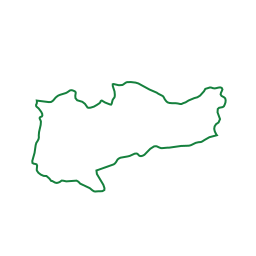 Sagarmatha, Robinson projection, rotated 73°
{"feature_id": "NPL-1133", "entity_name": "Sagarmatha", "entity_type": "Administrative Zone", "adm_level": 1, "iso_a3": "NPL", "parent_name": "Nepal", "parent_adm1": "", "projection": "robinson", "projection_center": [86.603, 27.261], "detail": "fine", "context": "isolated", "style": "outline", "palette": "green", "viewbox_px": 256, "rotation_deg": 73, "n_neighbors": 0, "source": "natural_earth", "source_scale": "10m", "svg_char_len": 2738}
<svg xmlns="http://www.w3.org/2000/svg" viewBox="0 0 256 256"><g transform="rotate(73 128 128)"><path d="M128.1,26.4L130.0,26.5L132.0,27.3L133.8,28.6L135.3,30.0L135.7,31.4L135.3,35.0L136.1,36.6L139.2,37.8L146.4,37.4L149.2,39.8L150.1,42.7L151.8,44.7L154.0,45.8L156.6,46.0L159.7,45.5L160.9,45.1L160.9,45.3L160.6,52.8L161.8,58.2L162.5,60.7L162.7,61.8L162.7,62.5L162.2,64.8L162.0,67.6L162.8,72.6L162.8,74.2L162.6,75.4L160.7,82.5L158.8,94.6L158.3,96.2L157.3,101.0L156.9,102.3L155.8,103.8L153.9,105.9L153.6,106.6L153.2,108.4L154.4,112.8L158.4,120.1L158.8,122.1L158.7,123.7L158.4,124.5L157.9,125.2L157.1,125.7L156.2,126.1L155.4,126.6L154.9,127.3L154.5,129.1L155.2,134.5L155.1,136.6L154.2,143.9L154.5,145.7L155.1,147.2L157.1,149.4L158.1,150.9L158.6,152.3L159.4,170.6L162.9,171.2L175.1,168.2L178.7,168.1L180.4,168.8L180.9,170.9L180.3,173.4L180.0,174.2L179.4,176.7L179.3,177.5L178.7,178.9L177.3,180.2L174.4,182.1L167.2,190.0L164.9,191.1L163.3,192.6L161.0,202.6L159.5,205.3L158.9,206.8L159.3,208.0L159.6,208.8L159.8,210.1L159.8,211.5L159.6,212.5L158.8,213.8L156.5,216.0L156.2,216.9L153.3,218.0L150.1,220.0L149.1,222.7L147.1,225.0L144.6,226.8L142.0,227.6L141.0,227.4L137.4,225.9L136.0,226.1L135.2,227.3L134.5,228.7L133.5,229.6L131.6,229.2L124.4,224.6L117.4,221.3L115.4,220.0L114.0,218.3L112.6,216.9L111.0,216.0L109.0,215.5L105.8,214.2L99.5,210.6L96.4,209.4L95.5,209.4L93.3,209.7L92.6,209.6L91.9,208.8L91.8,207.1L91.1,206.3L89.3,205.9L87.1,206.3L83.2,207.7L80.9,209.2L80.2,209.4L79.1,209.2L78.5,208.7L78.0,208.2L77.3,207.8L75.8,207.3L75.1,207.2L75.3,206.8L80.1,196.1L80.4,195.0L80.6,193.9L80.2,192.4L79.7,191.3L77.8,188.4L77.2,187.0L76.7,185.6L76.5,184.4L76.4,183.2L76.4,177.2L76.1,175.6L75.3,173.1L75.1,172.4L75.2,171.6L75.4,170.8L75.9,169.9L77.3,168.2L78.2,167.7L79.1,167.7L81.8,169.0L83.2,169.3L84.1,169.5L86.6,168.5L89.6,164.0L92.3,162.1L96.6,160.7L97.2,159.7L97.6,157.9L97.6,154.4L96.8,150.9L95.9,147.9L95.4,147.2L95.0,146.7L94.4,146.3L94.1,145.7L94.1,145.0L96.9,142.5L100.1,138.5L100.7,137.4L100.4,137.0L100.0,136.5L96.7,134.5L96.3,134.0L95.5,133.1L94.9,132.1L94.0,131.5L92.5,130.9L89.1,130.2L83.4,130.3L81.7,129.8L81.7,129.0L84.4,124.3L84.9,122.3L85.2,120.8L85.0,119.8L84.1,117.2L83.9,116.3L83.9,115.3L84.2,114.3L85.0,111.6L86.8,107.5L88.4,105.1L97.5,96.2L102.6,90.2L104.1,89.0L107.5,85.5L108.2,85.1L109.2,84.8L111.4,84.4L113.8,83.5L115.1,82.6L116.2,81.0L117.2,78.5L118.3,75.0L119.1,73.2L119.8,72.0L120.3,71.1L120.7,69.9L120.4,67.9L120.3,65.4L119.4,62.0L118.8,55.9L118.9,52.7L118.1,49.6L115.1,44.6L113.2,42.6L113.2,39.8L113.2,37.7L113.8,36.4L114.7,35.2L115.5,33.5L115.7,31.7L115.8,29.8L116.1,28.0L117.0,26.7L118.7,26.4L120.0,27.4L121.5,28.8L123.0,29.6L124.6,29.2L126.8,27.1L128.1,26.4Z" fill="none" stroke="#15803d" stroke-width="2"/></g></svg>